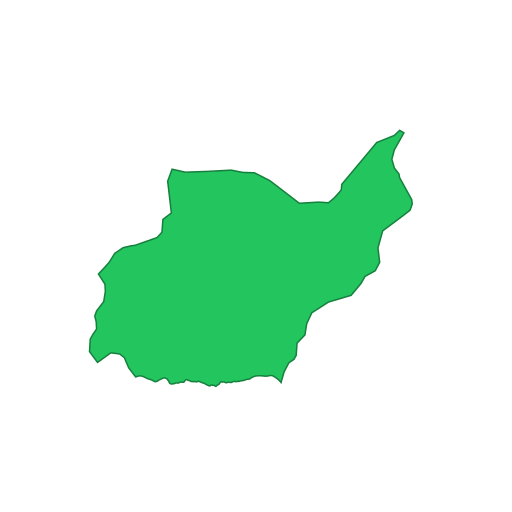 outline of Damara, Ombella-M'Poko, Central African Republic, rotated 56°
{"feature_id": "33826404B9315728863093", "entity_name": "Damara", "entity_type": "district", "adm_level": 2, "iso_a3": "CAF", "parent_name": "Central African Republic", "parent_adm1": "Ombella-M'Poko", "projection": "robinson", "projection_center": [18.896, 5.112], "detail": "fine", "context": "isolated", "style": "filled", "palette": "green", "viewbox_px": 512, "rotation_deg": 56, "n_neighbors": 0, "source": "geoboundaries", "source_scale": "gbopen_adm2", "svg_char_len": 3086}
<svg xmlns="http://www.w3.org/2000/svg" viewBox="0 0 512 512"><g transform="rotate(56 256 256)"><path d="M296.4,95.4L271.3,93.1L268.0,91.6L260.5,92.1L251.8,89.3L245.4,82.0L236.6,64.5L232.2,66.6L233.4,73.9L229.4,92.4L244.5,144.7L249.0,148.5L251.6,158.6L252.4,166.1L246.3,174.0L236.5,190.6L201.2,202.4L186.1,210.8L179.4,220.1L170.9,228.6L159.1,248.3L147.0,267.7L137.1,277.0L144.6,287.4L173.0,302.1L173.6,312.7L183.7,320.7L185.4,327.7L179.5,350.3L177.8,353.6L174.8,361.5L174.8,371.6L179.1,381.2L181.3,389.9L182.8,396.7L194.9,397.0L201.1,400.7L208.6,407.7L212.4,418.9L215.6,423.2L221.2,425.3L227.4,429.0L229.8,435.1L232.2,439.9L242.2,447.5L255.6,446.9L255.1,430.5L261.0,423.8L266.6,422.0L277.6,424.1L289.0,423.4L289.5,421.6L289.9,420.2L290.8,418.8L291.9,417.7L293.5,416.5L296.7,414.7L298.3,413.5L300.0,412.1L301.8,411.1L303.1,410.5L303.8,409.8L304.3,409.0L304.6,408.0L304.6,406.2L304.8,404.2L305.4,401.0L305.7,400.3L306.4,399.5L307.3,398.9L308.1,398.6L308.8,398.4L309.1,398.3L309.5,398.4L309.9,398.5L310.1,398.5L310.4,398.4L310.6,398.3L310.9,398.3L311.3,398.4L312.0,398.6L312.5,398.7L313.2,398.7L313.5,398.6L314.4,398.1L315.0,397.5L315.3,396.9L315.6,396.1L316.1,395.2L316.3,394.7L316.3,394.4L316.3,394.0L316.3,393.6L316.8,392.8L317.5,392.1L317.9,391.3L318.1,390.3L318.4,389.4L318.5,388.8L318.8,388.3L319.4,387.8L319.8,387.1L320.1,386.7L320.2,386.2L320.1,385.6L319.7,384.8L319.5,384.2L319.4,383.3L319.6,382.6L320.2,382.3L320.8,382.0L321.6,381.3L322.0,380.9L322.6,380.6L323.2,380.3L323.8,379.9L324.2,379.5L324.5,379.1L324.7,378.7L324.9,378.4L325.1,378.2L325.3,377.9L325.5,377.4L325.8,377.2L326.2,376.8L326.3,376.5L326.5,376.1L326.8,375.8L327.1,375.6L327.3,375.4L327.4,375.0L327.4,374.5L327.6,373.9L328.2,373.3L329.1,372.7L331.1,371.4L331.8,370.9L332.3,370.3L332.8,369.9L334.1,369.5L334.8,369.1L335.3,368.8L337.2,367.6L337.8,367.1L338.0,366.7L337.9,366.2L337.8,365.8L338.0,365.2L338.3,364.8L338.8,364.4L339.2,363.8L339.4,363.5L339.8,363.1L340.1,362.9L341.1,362.6L341.4,362.4L341.6,362.2L341.7,361.6L341.5,360.9L341.3,360.1L341.4,359.5L341.5,359.4L341.6,359.1L341.6,358.5L341.4,357.7L341.0,356.9L340.8,356.3L340.6,355.7L340.7,355.3L340.9,354.9L341.6,354.5L342.0,354.1L342.1,353.7L342.2,353.3L342.5,352.8L343.1,352.5L343.7,352.2L344.2,351.9L344.5,351.4L344.9,350.4L345.2,349.6L345.7,348.8L346.3,348.2L346.7,347.8L347.0,347.3L347.2,346.4L347.3,345.4L347.6,344.5L348.1,343.8L348.8,343.1L349.1,342.6L349.3,342.0L349.7,341.4L350.2,340.7L350.6,339.9L351.0,338.3L351.4,337.7L351.8,336.8L352.2,336.1L352.8,334.0L353.0,332.9L353.5,331.9L354.0,331.1L354.3,330.5L354.4,329.6L354.4,328.9L354.4,327.3L354.6,326.0L355.0,324.2L355.7,322.6L356.6,321.1L357.8,319.2L360.6,315.8L361.4,314.6L362.1,313.4L362.5,312.2L363.2,310.7L364.0,309.7L364.7,309.2L365.4,308.7L368.0,307.6L370.8,306.6L372.8,306.2L374.9,306.0L367.8,297.5L362.9,288.5L362.9,282.3L360.9,278.3L351.2,270.7L348.8,259.6L340.4,251.7L334.3,241.5L334.7,221.7L341.8,199.1L337.5,184.3L333.9,177.0L334.9,165.4L330.4,157.0L317.5,150.4L306.0,136.9L304.8,111.8L304.2,102.7L300.3,97.4L296.4,95.4Z" fill="#22c55e" stroke="#15803d" stroke-width="1.5"/></g></svg>